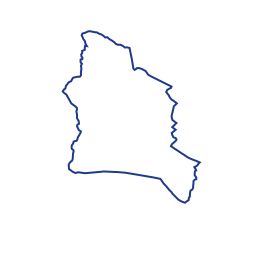 outline of Serrinha, Bahia, Brazil, rotated 304°
{"feature_id": "56859067B34469198786883", "entity_name": "Serrinha", "entity_type": "district", "adm_level": 2, "iso_a3": "BRA", "parent_name": "Brazil", "parent_adm1": "Bahia", "projection": "equal_earth", "projection_center": [-38.992, -11.677], "detail": "fine", "context": "isolated", "style": "outline", "palette": "blue", "viewbox_px": 256, "rotation_deg": 304, "n_neighbors": 0, "source": "geoboundaries", "source_scale": "gbopen_adm2", "svg_char_len": 2580}
<svg xmlns="http://www.w3.org/2000/svg" viewBox="0 0 256 256"><g transform="rotate(304 128 128)"><path d="M61.0,102.1L60.9,104.3L60.8,106.7L61.3,109.6L63.4,111.4L66.6,117.8L75.7,129.0L78.4,132.2L85.8,144.3L89.6,151.1L95.8,164.7L101.4,177.1L103.9,183.3L103.4,184.9L102.6,186.8L101.7,189.4L101.3,191.5L100.5,194.3L99.8,196.4L99.4,198.5L99.1,200.1L98.3,201.9L97.8,204.6L97.2,207.7L96.8,209.9L96.9,212.1L97.2,214.4L97.9,217.0L100.5,217.9L102.3,218.6L104.3,217.4L105.8,217.6L107.1,216.7L108.8,215.8L111.1,214.8L112.8,215.7L114.9,215.4L116.6,214.3L118.0,213.6L119.2,212.9L120.6,212.0L122.3,212.2L123.9,213.2L125.2,212.2L126.0,209.9L128.0,208.4L129.8,207.7L131.1,208.2L132.7,204.9L134.5,206.0L135.9,206.4L137.9,206.4L139.6,206.7L139.1,204.2L138.8,202.5L138.3,200.7L137.6,197.3L137.2,195.0L137.1,193.1L137.1,190.7L137.1,189.0L137.0,187.0L137.0,184.4L137.0,180.3L136.9,177.5L137.0,173.7L139.2,173.5L141.1,174.0L142.5,174.4L144.2,174.8L145.5,174.7L146.3,173.2L145.7,171.0L146.8,168.8L148.3,167.1L150.8,167.8L153.2,168.5L153.3,166.0L153.5,164.2L159.2,165.4L159.5,160.3L160.7,158.9L162.2,157.5L171.6,153.9L175.7,154.7L176.1,150.4L175.9,148.5L176.3,146.9L176.9,145.1L177.9,143.6L178.4,142.0L179.1,139.6L181.5,139.2L183.4,140.1L185.3,141.2L186.7,140.9L183.6,117.6L183.5,114.8L184.3,112.8L185.1,110.7L184.8,107.7L184.4,105.4L183.7,103.4L182.6,101.9L181.1,101.6L179.9,101.0L180.3,99.2L187.3,92.6L195.2,84.5L194.3,82.0L193.0,80.5L193.2,77.7L192.8,75.0L191.4,73.2L190.9,71.0L191.4,69.0L191.5,66.2L191.3,62.8L191.7,60.2L190.3,58.5L190.7,56.1L190.7,53.7L190.0,51.3L189.9,48.9L188.8,46.8L187.7,44.0L186.6,41.7L185.0,40.4L183.1,39.3L180.8,37.4L178.9,37.8L177.8,39.7L176.8,41.2L175.9,43.7L174.7,44.9L173.8,46.2L172.9,48.1L172.1,46.5L170.7,47.1L168.6,48.4L166.2,46.9L164.5,48.1L162.8,48.1L161.3,49.4L160.8,51.0L159.4,51.6L158.4,50.4L157.1,51.1L155.8,52.2L155.5,53.9L153.2,54.2L151.9,55.5L150.8,56.4L149.5,57.0L147.5,58.0L145.6,59.5L143.6,59.4L142.1,57.3L140.3,55.6L139.0,54.4L137.0,54.4L135.1,54.7L133.7,53.8L132.3,53.2L130.2,53.2L128.4,52.9L127.0,53.5L125.5,54.0L124.0,53.3L121.8,53.5L121.3,55.8L121.3,58.1L117.7,65.2L116.7,67.2L116.6,69.1L116.5,71.9L116.1,74.5L114.6,75.4L112.8,76.0L111.5,77.4L109.7,78.9L107.8,80.0L107.0,81.5L106.3,83.1L104.1,85.0L102.3,84.2L100.8,84.9L99.9,86.5L98.8,88.4L98.8,90.9L97.5,91.3L96.0,91.4L94.6,91.6L92.3,91.6L90.5,92.3L88.6,92.5L87.6,91.5L86.3,90.5L84.5,91.2L82.3,91.1L80.4,92.0L79.3,93.1L79.2,94.9L78.2,96.0L76.4,96.6L74.8,97.5L73.0,98.5L71.4,99.5L69.7,99.9L68.2,99.4L66.6,99.1L64.3,99.4L62.4,100.9L61.0,102.1Z" fill="none" stroke="#1e3a8a" stroke-width="2"/></g></svg>